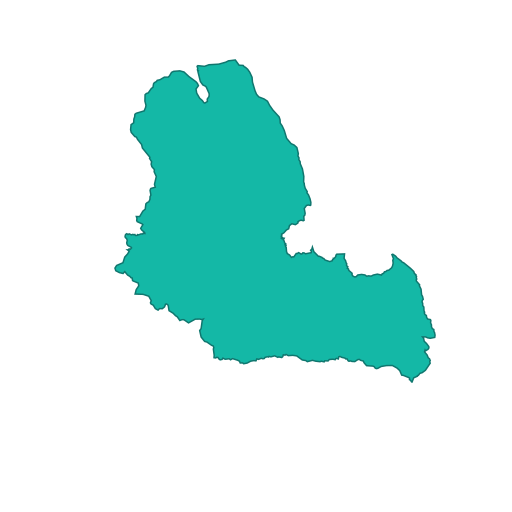 the district of Piedecuesta, Santander, Colombia, rotated 319°
{"feature_id": "7082276B40020724861964", "entity_name": "Piedecuesta", "entity_type": "district", "adm_level": 2, "iso_a3": "COL", "parent_name": "Colombia", "parent_adm1": "Santander", "projection": "robinson", "projection_center": [-73.001, 6.951], "detail": "fine", "context": "isolated", "style": "filled", "palette": "teal", "viewbox_px": 512, "rotation_deg": 319, "n_neighbors": 0, "source": "geoboundaries", "source_scale": "gbopen_adm2", "svg_char_len": 6114}
<svg xmlns="http://www.w3.org/2000/svg" viewBox="0 0 512 512"><g transform="rotate(319 256 256)"><path d="M291.1,451.1L290.8,453.1L291.1,453.5L295.1,451.4L298.9,452.6L299.4,452.2L300.2,452.6L302.7,452.1L304.9,453.1L308.9,453.4L317.1,451.2L317.9,449.6L318.9,449.2L319.5,447.4L319.2,445.8L320.2,443.0L320.3,438.9L321.9,437.9L321.7,438.8L324.6,439.3L326.2,438.8L327.0,437.7L327.3,433.9L327.0,430.7L328.5,428.1L328.6,426.3L330.9,428.3L331.8,430.3L333.5,432.4L337.5,434.7L339.2,433.2L340.6,430.8L340.7,429.8L342.0,428.1L341.4,426.5L342.2,424.2L343.2,423.2L343.9,421.0L345.7,419.3L345.9,418.4L344.2,416.2L344.5,414.2L345.6,412.6L345.1,411.1L345.7,409.3L346.4,409.1L346.9,407.5L349.2,404.6L349.3,402.8L350.8,401.0L351.2,399.6L352.5,398.6L353.8,398.4L355.2,395.7L355.5,394.0L358.8,389.3L359.8,385.6L360.6,385.1L360.6,380.2L361.2,379.1L362.2,378.9L362.8,377.4L363.8,376.7L363.9,375.4L364.4,375.2L364.1,373.0L364.9,371.2L364.5,366.6L363.0,357.9L362.3,356.6L362.3,354.8L361.2,350.0L361.3,347.7L360.4,344.4L359.5,344.1L357.9,348.3L356.5,348.9L354.8,351.4L352.5,353.1L350.6,353.9L346.8,353.8L345.5,352.9L343.7,352.9L342.6,352.2L340.8,352.8L339.6,352.2L338.2,352.7L335.7,349.3L332.0,347.3L329.8,346.8L327.7,344.6L326.3,344.0L325.8,341.8L323.6,339.2L320.4,337.1L317.9,337.3L316.6,336.4L315.9,334.3L316.4,332.8L317.2,332.1L316.6,327.8L317.3,326.4L316.8,325.2L318.3,324.3L318.0,322.7L319.5,321.2L319.5,320.3L320.5,318.4L320.9,315.6L324.2,312.5L318.1,307.6L317.0,307.8L315.7,308.8L313.4,309.1L312.9,308.5L312.4,309.1L311.5,308.9L310.5,309.6L308.0,308.6L305.5,304.4L305.5,302.3L304.8,301.2L304.9,300.4L303.6,297.7L302.9,297.2L302.5,290.7L304.4,286.3L302.7,287.4L301.0,287.5L301.0,288.7L299.8,289.7L294.8,286.8L294.3,285.2L293.3,284.3L292.4,284.6L291.3,284.1L290.4,281.4L288.8,281.2L288.0,280.5L283.9,281.5L283.2,280.7L281.8,280.3L282.0,277.3L281.2,274.7L282.0,272.6L284.4,269.4L284.5,268.3L285.6,267.7L285.1,267.3L285.4,266.4L286.4,266.3L286.2,264.9L287.1,263.1L287.2,261.8L288.9,261.1L288.2,260.4L287.0,260.2L286.8,259.1L288.1,259.4L288.0,257.6L289.3,257.2L289.6,256.3L292.2,256.8L296.1,256.3L298.5,256.9L301.2,255.0L304.2,255.2L306.3,258.2L308.6,258.5L309.5,258.5L310.2,257.6L312.3,258.0L313.5,258.5L314.8,260.4L315.7,260.6L318.1,257.4L319.6,257.2L321.1,256.0L323.6,251.8L327.3,251.0L328.9,251.8L330.2,253.5L330.7,253.5L332.6,251.5L334.3,248.3L335.7,244.3L335.9,241.7L336.9,241.0L337.6,237.1L339.0,234.2L340.0,232.9L340.5,231.4L344.3,227.3L348.2,220.7L349.9,215.5L351.2,213.7L351.6,211.3L352.8,210.2L353.3,208.0L355.1,206.5L358.0,201.0L357.6,197.3L356.2,194.2L356.3,187.3L359.7,179.8L361.1,175.0L361.5,171.6L363.5,169.0L364.7,166.2L364.5,156.9L365.1,151.2L366.2,146.7L365.1,142.7L362.5,137.8L362.5,134.3L363.7,130.6L367.4,122.5L370.3,118.5L371.8,113.3L372.2,109.6L371.8,106.5L371.3,105.8L371.3,103.7L368.4,100.9L369.0,94.5L363.2,90.6L360.4,89.9L353.8,86.8L346.0,80.8L341.6,79.1L337.0,74.2L336.0,74.2L334.9,76.5L334.1,76.9L333.6,77.8L334.0,78.4L333.1,78.8L328.5,87.8L328.1,92.0L329.3,94.9L329.2,96.2L327.1,102.9L325.2,104.8L322.1,105.6L320.7,107.5L317.7,107.0L317.2,106.0L317.5,103.5L317.0,100.0L318.1,94.2L320.3,90.6L324.3,89.7L325.0,87.3L325.0,85.0L323.1,76.7L322.4,69.9L320.0,66.3L315.0,62.6L312.7,62.0L308.9,63.3L307.1,63.4L304.2,60.9L299.0,59.9L296.7,58.6L295.3,59.0L293.0,58.5L291.7,58.8L288.9,61.1L286.9,60.9L281.7,62.2L279.8,61.4L278.1,61.5L273.8,66.2L271.8,70.1L270.2,71.4L266.8,73.1L259.3,69.7L257.6,69.6L255.8,71.3L253.7,72.5L251.1,75.2L247.9,74.9L244.2,78.4L242.9,80.9L242.9,86.4L243.5,87.1L243.6,88.4L243.1,90.3L242.8,96.8L241.1,100.0L240.7,111.9L239.7,112.5L239.1,116.3L237.1,117.9L236.0,120.3L236.0,124.1L234.4,125.6L232.9,130.6L226.4,135.3L225.1,138.0L221.1,136.1L220.4,136.2L219.1,137.0L216.6,141.1L215.0,141.7L213.1,143.7L210.6,144.8L209.0,144.3L207.1,144.4L203.1,148.0L200.1,147.9L194.1,149.9L191.6,147.7L190.9,149.4L189.2,151.0L188.9,152.2L191.1,157.0L191.2,158.1L187.1,159.5L186.8,161.2L187.3,165.3L186.9,166.1L185.7,164.8L185.0,165.1L183.7,163.9L181.2,163.0L180.7,162.2L180.1,162.6L178.9,161.8L178.5,161.4L178.7,160.3L177.7,159.8L177.3,158.9L175.9,158.4L174.8,156.1L173.5,155.8L173.1,154.4L171.7,154.2L170.1,155.2L169.5,156.3L169.7,158.1L169.1,159.7L167.0,161.3L166.3,162.7L166.2,164.1L167.5,167.4L167.4,168.2L165.6,168.5L164.9,167.4L163.7,167.5L163.0,167.0L163.4,168.8L164.2,168.9L160.5,170.2L156.2,170.7L151.2,173.8L144.6,171.7L141.6,172.6L140.5,175.1L142.0,178.9L144.2,182.0L146.7,181.7L146.6,186.1L147.5,188.9L147.4,190.4L148.1,191.4L146.8,193.4L146.8,194.0L149.4,199.2L147.9,201.6L143.5,202.8L139.8,205.4L145.6,210.8L148.7,216.0L147.6,221.0L145.6,222.1L145.3,223.2L146.2,225.8L145.5,229.7L146.6,232.6L148.7,232.4L150.7,234.3L153.6,234.4L156.1,233.0L157.1,233.6L157.4,235.5L154.5,240.2L155.9,244.8L156.1,248.3L156.7,250.2L156.2,254.7L158.4,255.5L159.8,256.8L161.2,262.2L168.7,263.8L172.2,266.7L173.5,268.5L174.7,269.0L173.0,269.5L166.9,274.8L164.6,275.3L161.4,281.2L161.2,286.8L162.5,288.7L163.9,294.3L164.7,295.7L164.1,297.4L162.8,298.2L159.3,303.5L157.6,305.2L158.7,306.5L159.9,306.7L160.7,307.6L160.5,309.9L160.9,310.9L162.6,311.8L164.0,311.4L165.0,313.7L168.4,316.0L168.7,317.6L171.0,318.1L173.8,322.7L174.5,324.6L173.9,326.4L175.8,327.9L176.0,329.2L179.1,331.0L183.0,331.9L185.7,333.5L187.2,335.1L189.1,334.2L190.1,335.7L192.8,336.6L193.8,338.1L195.1,338.8L196.2,338.4L198.5,339.5L199.2,340.5L200.0,340.3L201.1,341.9L204.6,343.6L206.0,346.8L206.9,347.0L208.8,349.5L210.2,349.5L211.8,348.5L212.9,349.9L214.1,350.0L215.0,352.4L218.5,355.0L221.2,358.1L222.7,364.8L225.0,367.6L225.4,369.4L230.2,371.8L232.0,374.5L235.0,377.8L236.2,378.2L238.0,380.6L239.1,380.2L241.6,382.5L243.4,382.2L246.4,384.4L247.7,386.2L248.7,385.8L249.5,386.0L250.6,387.7L252.2,386.4L253.4,386.8L254.3,388.9L256.1,391.3L256.2,392.6L257.2,393.3L256.8,395.5L257.1,396.4L258.6,397.3L259.2,398.5L261.3,400.5L265.0,401.0L266.3,402.0L266.4,403.2L268.1,405.7L267.5,407.5L267.5,411.3L272.0,415.8L272.6,417.1L272.4,418.8L272.9,419.9L274.2,420.7L278.0,421.5L282.6,424.3L287.1,428.1L288.9,433.0L289.3,436.8L287.8,441.5L288.9,442.8L291.6,448.1L291.8,448.9L290.7,450.0L291.1,451.1Z" fill="#14b8a6" stroke="#0f766e" stroke-width="1.5"/></g></svg>